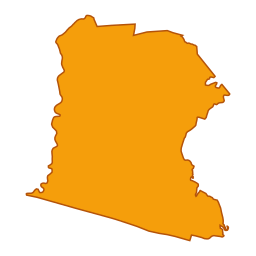 outline of Florencio Villarreal, Guerrero, Mexico
{"feature_id": "50627088B89189510958197", "entity_name": "Florencio Villarreal", "entity_type": "district", "adm_level": 2, "iso_a3": "MEX", "parent_name": "Mexico", "parent_adm1": "Guerrero", "projection": "albers", "projection_center": [-99.124, 16.694], "detail": "fine", "context": "isolated", "style": "filled", "palette": "amber", "viewbox_px": 256, "rotation_deg": 0, "n_neighbors": 0, "source": "geoboundaries", "source_scale": "gbopen_adm2", "svg_char_len": 5718}
<svg xmlns="http://www.w3.org/2000/svg" viewBox="0 0 256 256"><path d="M26.6,195.1L37.1,197.3L75.4,208.2L82.3,210.1L110.8,217.9L115.9,219.4L129.6,223.9L137.3,226.5L148.9,231.1L159.4,233.4L167.2,234.6L175.4,236.5L187.2,239.9L189.8,240.6L191.5,235.1L195.3,235.8L201.7,237.5L204.4,238.6L207.1,238.9L208.6,238.7L209.9,237.9L210.6,237.2L211.4,236.5L212.5,235.9L214.0,235.6L215.7,235.9L217.4,236.1L218.7,236.3L219.7,236.4L221.2,236.7L221.8,236.9L222.4,236.9L223.0,236.6L223.6,236.3L223.9,235.5L223.4,235.0L222.8,234.6L222.6,234.1L223.0,233.1L222.6,232.0L222.6,230.5L222.5,229.6L221.9,229.0L221.0,228.5L220.4,228.4L220.0,226.2L220.1,225.3L220.9,225.9L221.5,226.1L222.3,226.6L223.1,227.2L223.7,227.9L224.2,228.9L224.6,229.6L225.0,230.2L225.3,230.4L226.5,230.4L227.3,230.2L227.7,229.8L228.2,228.8L228.3,228.4L228.4,227.8L228.3,227.1L227.9,226.7L227.4,226.2L227.1,226.2L227.1,226.5L227.4,226.9L227.6,227.6L227.7,228.8L227.6,229.3L227.3,229.6L227.0,229.8L226.2,229.8L225.8,229.2L225.6,228.3L225.2,227.2L224.8,226.9L224.5,226.2L224.2,225.0L223.7,224.7L223.0,223.5L223.2,222.2L223.2,220.3L222.8,217.6L221.5,212.4L220.6,208.0L219.3,204.7L218.4,202.3L217.6,200.9L217.3,200.2L213.4,199.2L212.4,197.7L211.2,197.1L209.8,196.3L207.7,196.1L205.9,193.5L200.2,190.5L199.9,190.8L199.7,191.5L198.3,193.1L197.8,193.7L197.4,194.4L197.0,194.9L196.7,195.7L196.0,196.3L195.5,195.3L195.5,194.2L196.0,193.4L196.4,192.6L196.6,191.1L196.9,187.8L197.5,187.0L198.1,186.4L198.3,185.6L198.3,184.7L198.1,184.0L197.6,183.6L196.4,182.8L194.5,181.7L193.4,181.3L192.7,180.8L192.0,180.6L190.7,180.3L190.5,179.8L190.6,178.3L190.8,177.6L191.2,177.1L191.6,177.1L192.0,177.3L192.4,177.6L192.6,178.0L192.9,178.2L193.2,178.1L193.3,177.9L193.0,177.3L193.1,177.0L193.1,176.8L193.1,176.7L192.7,176.7L192.4,176.7L192.3,176.4L192.4,175.8L192.6,175.3L192.6,174.8L192.9,174.5L192.9,174.1L192.7,173.7L192.5,173.3L192.7,173.1L192.7,172.8L192.7,172.1L192.6,171.7L192.6,171.3L192.6,170.9L192.5,170.5L192.2,170.2L192.1,169.8L192.3,169.2L192.5,169.1L192.8,168.8L193.2,168.5L193.4,168.2L193.6,167.7L193.7,167.4L193.6,167.2L193.8,166.5L194.0,166.2L193.4,165.8L192.4,165.2L191.7,164.5L191.4,163.7L191.0,162.5L189.9,161.1L188.9,160.4L187.6,160.0L186.5,160.1L185.4,160.2L184.3,159.7L183.4,158.0L181.9,153.7L181.1,151.2L181.1,149.6L181.3,147.8L181.8,146.2L182.1,145.1L182.7,143.1L183.2,141.6L184.3,138.2L185.2,137.1L185.6,136.0L186.3,133.2L187.4,131.8L190.1,130.2L191.9,128.9L195.0,126.2L195.8,125.2L196.2,122.8L196.7,120.8L197.0,119.2L197.2,117.4L197.8,117.1L199.1,117.3L204.8,119.1L206.2,117.5L206.8,115.2L207.7,112.5L208.2,110.7L209.0,109.6L210.0,108.7L211.0,108.0L212.0,107.3L212.7,106.8L213.4,105.5L213.7,104.3L214.6,103.9L216.3,104.6L217.1,104.3L218.2,103.3L219.4,102.8L222.4,102.5L223.0,102.3L223.7,101.7L224.0,101.2L224.2,100.8L224.2,100.5L224.1,100.1L223.7,98.6L223.4,97.2L223.4,96.7L223.5,96.1L223.9,95.3L224.4,95.1L225.1,95.1L227.2,95.4L228.7,95.3L229.6,94.4L229.7,93.9L221.9,84.4L221.7,84.4L220.8,85.3L220.3,86.1L219.8,87.2L218.9,88.1L217.4,87.9L216.0,87.4L215.4,86.8L215.4,85.8L216.7,83.8L216.8,82.7L215.5,82.4L212.9,83.4L210.8,84.2L208.9,85.4L207.2,85.4L205.5,85.0L205.4,83.6L205.5,82.2L206.0,81.6L206.8,80.4L207.3,79.6L207.8,79.2L208.7,79.2L209.5,78.8L209.8,77.4L210.9,77.0L212.5,77.3L213.8,77.6L214.9,76.6L215.1,76.3L197.3,54.1L196.7,46.5L196.5,46.4L195.9,45.9L195.4,45.4L194.8,45.2L193.8,45.0L193.0,44.5L192.1,44.1L191.5,44.1L190.6,43.9L189.6,43.3L188.3,43.1L187.4,43.3L186.8,43.0L185.8,42.2L184.9,41.8L184.4,40.9L184.0,39.6L183.4,38.5L182.2,36.8L181.1,36.1L182.5,35.3L172.9,32.7L167.3,30.6L146.9,32.0L133.5,35.4L134.8,28.5L135.1,24.1L111.5,25.4L97.1,26.5L94.0,19.3L93.8,18.0L93.5,17.7L92.7,17.3L91.8,16.7L90.9,16.1L89.2,15.6L87.2,15.4L86.4,15.6L85.8,16.4L85.3,17.7L83.8,19.0L81.3,18.9L78.9,19.5L77.0,20.6L76.0,21.6L75.1,22.4L74.8,22.7L74.4,23.1L74.1,23.6L73.3,24.2L71.9,25.8L71.0,26.6L70.0,27.3L69.2,27.9L68.6,28.5L68.2,29.0L67.1,30.1L66.7,30.7L65.4,32.2L63.4,33.9L61.9,35.0L60.7,35.5L59.6,35.9L59.2,36.1L58.4,36.9L57.4,38.1L56.7,39.3L56.6,39.7L56.1,40.9L55.9,41.3L55.8,42.0L55.9,42.3L56.3,43.0L56.9,43.6L57.3,44.1L57.6,44.5L57.8,45.0L58.1,45.5L58.3,46.2L58.6,47.0L59.4,48.9L59.7,50.1L60.2,51.9L60.3,52.6L60.4,53.0L60.6,53.4L61.3,54.4L61.8,55.2L62.2,56.3L62.4,57.8L62.3,58.8L61.9,60.9L61.7,62.7L61.6,63.8L61.8,64.8L62.4,66.3L62.6,67.0L63.0,67.8L63.6,68.9L64.2,70.2L64.3,70.8L64.1,71.6L63.7,72.2L62.7,72.9L59.5,75.3L58.8,75.9L58.3,76.5L57.5,78.1L57.3,80.0L57.8,82.0L58.3,84.2L58.8,86.6L59.7,91.3L59.8,92.2L60.0,93.7L60.1,94.2L60.5,94.9L61.4,96.2L62.0,97.1L62.3,98.3L62.3,99.2L62.1,100.3L61.8,101.2L61.3,102.1L60.0,103.2L56.8,105.1L56.1,105.7L54.9,107.1L54.6,107.9L54.4,108.9L54.4,109.9L55.0,111.8L56.0,112.9L57.2,113.5L58.5,114.0L59.5,114.4L60.1,114.8L60.1,115.7L59.6,116.2L57.9,116.4L56.0,116.5L54.7,116.8L53.7,117.5L53.1,118.8L52.6,120.0L51.6,124.1L52.0,125.4L52.7,127.2L54.9,129.4L56.4,131.0L56.8,133.4L55.5,136.0L54.9,137.7L54.9,139.4L55.5,141.1L56.6,143.0L57.2,144.1L57.5,145.2L57.2,146.0L56.7,146.4L55.7,147.0L54.2,147.7L53.2,148.3L52.4,149.6L51.9,151.2L52.0,153.5L52.3,156.5L52.2,158.8L52.3,162.5L52.0,163.0L51.8,163.7L50.7,164.5L49.7,165.2L48.4,165.9L48.4,166.8L48.4,167.2L48.6,167.6L49.0,167.9L51.3,168.6L51.9,169.0L52.1,170.1L52.1,171.2L52.0,172.2L51.5,172.7L49.7,174.3L47.9,175.6L47.6,176.4L47.4,177.1L47.5,178.9L47.6,179.6L47.8,180.3L47.8,181.0L47.2,182.7L47.0,183.0L46.4,183.3L45.5,183.5L44.4,183.2L43.2,183.1L42.4,183.3L41.7,183.6L41.0,184.1L40.8,185.2L41.2,186.4L41.4,186.7L42.3,187.4L43.3,188.1L43.9,189.1L43.9,190.1L43.1,191.7L42.1,192.4L40.6,192.6L39.7,192.5L39.1,191.5L38.1,189.3L36.4,188.9L35.3,189.7L34.4,190.7L33.8,191.6L32.9,192.6L31.3,193.3L28.8,193.3L26.9,193.4L26.3,193.9L26.6,195.1Z" fill="#f59e0b" stroke="#b45309" stroke-width="1.5"/></svg>